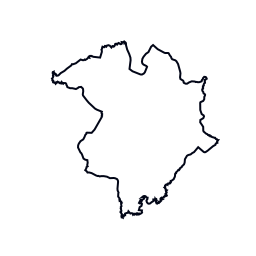 outline of Mueang Sakon Nakhon, Sakon Nakhon, Thailand, rotated 199°
{"feature_id": "78962969B18932454885431", "entity_name": "Mueang Sakon Nakhon", "entity_type": "district", "adm_level": 2, "iso_a3": "THA", "parent_name": "Thailand", "parent_adm1": "Sakon Nakhon", "projection": "mercator", "projection_center": [104.081, 17.195], "detail": "fine", "context": "isolated", "style": "outline", "palette": "ink", "viewbox_px": 256, "rotation_deg": 199, "n_neighbors": 0, "source": "geoboundaries", "source_scale": "gbopen_adm2", "svg_char_len": 5718}
<svg xmlns="http://www.w3.org/2000/svg" viewBox="0 0 256 256"><g transform="rotate(199 128 128)"><path d="M216.6,157.0L217.3,156.4L217.3,156.0L216.9,155.0L215.8,154.4L216.1,153.5L216.0,152.9L215.4,152.5L215.5,150.8L216.0,150.0L215.1,149.1L215.0,148.3L214.5,148.2L214.2,148.4L213.9,148.2L214.0,147.6L213.7,146.8L213.0,146.8L212.7,147.1L212.2,146.8L211.4,146.9L210.8,146.3L210.3,147.5L210.5,148.0L209.8,148.0L209.6,148.9L208.3,148.7L207.7,148.3L207.5,148.7L206.6,148.9L206.3,148.3L205.7,148.3L205.5,148.6L205.8,149.3L205.7,149.8L204.7,148.9L204.4,149.4L203.9,149.4L203.6,149.1L203.4,149.6L201.6,150.1L200.7,149.5L200.1,148.5L199.6,148.2L198.6,146.9L195.7,146.8L193.6,147.5L189.9,147.9L188.4,149.5L187.9,150.5L185.7,151.6L183.7,150.7L183.2,150.2L182.3,148.2L181.7,145.1L181.1,144.1L176.0,140.7L173.3,139.1L165.5,135.6L163.4,135.2L158.0,134.9L158.0,133.6L156.9,132.8L157.0,131.5L156.4,131.0L156.6,130.1L156.4,129.8L159.1,115.6L160.8,111.6L165.4,110.2L165.7,109.8L165.5,108.9L166.1,107.7L166.2,105.3L166.6,102.7L168.6,100.1L169.4,97.3L169.5,95.4L168.9,93.3L165.0,89.4L164.0,89.0L162.8,87.9L160.1,84.6L158.1,84.1L156.0,84.4L154.8,82.0L154.5,79.7L154.1,78.9L153.7,78.6L154.5,77.6L154.3,76.0L154.7,74.2L152.9,73.6L151.8,72.7L150.4,73.3L147.7,73.5L142.7,72.7L141.1,72.7L140.3,73.1L139.0,73.0L137.6,73.8L135.2,74.6L132.1,75.1L128.7,74.7L125.2,76.1L123.7,76.3L121.7,76.1L120.7,75.3L120.1,74.5L119.7,73.3L118.2,67.2L117.5,65.6L115.9,63.8L115.9,63.0L115.0,60.0L112.8,58.4L112.6,58.1L112.8,57.9L112.8,57.3L112.3,57.3L111.6,56.8L111.7,56.3L111.4,56.4L110.8,55.9L110.4,56.0L110.3,55.4L109.5,55.1L109.9,54.1L108.7,51.9L109.1,51.0L108.5,49.9L108.7,49.6L107.3,47.6L107.2,46.6L107.8,46.4L107.7,45.9L105.9,44.8L105.5,42.4L104.9,41.4L104.3,41.6L103.7,41.5L104.2,42.9L104.1,43.2L103.4,43.3L103.8,44.1L102.3,44.6L102.9,46.1L101.5,47.3L100.2,47.9L100.1,48.4L100.5,48.8L100.5,49.4L97.9,47.9L96.7,48.7L95.7,48.7L95.0,47.7L94.5,48.5L94.0,48.2L93.8,48.9L93.5,49.3L92.0,48.8L91.6,48.9L92.0,49.7L91.7,50.4L90.6,50.3L90.0,50.6L89.8,49.8L89.6,49.7L88.0,51.3L87.3,52.3L87.2,52.8L87.9,53.7L88.0,54.6L91.0,53.9L91.2,57.0L89.9,58.7L90.1,60.8L90.7,61.2L92.5,60.5L93.2,60.7L92.9,62.8L91.3,63.1L91.2,64.1L92.1,64.5L91.1,64.8L89.8,66.4L89.9,67.9L90.7,67.5L91.2,67.9L91.9,67.5L91.3,68.5L90.5,69.0L89.2,69.2L87.8,68.3L86.8,68.5L86.5,67.1L86.9,65.7L86.9,65.2L85.9,63.9L84.7,63.2L83.6,63.2L82.5,63.9L81.6,65.5L80.4,66.9L80.3,67.5L80.8,68.7L80.5,68.8L79.5,68.3L79.2,69.0L79.3,69.8L78.8,69.3L78.5,70.1L78.2,70.1L77.3,68.6L77.6,67.3L76.5,66.0L76.1,66.0L76.2,66.5L74.6,67.0L74.9,68.0L74.2,67.8L73.9,68.1L73.2,69.5L73.7,69.7L73.7,70.4L72.5,71.5L74.2,71.5L74.3,71.8L74.1,72.4L73.6,73.0L73.0,72.5L72.4,72.8L72.0,74.1L71.7,74.1L71.8,74.7L71.6,74.3L71.4,74.6L71.5,75.0L71.1,75.8L70.6,75.6L69.9,76.6L69.4,76.5L69.3,76.8L70.1,77.4L70.3,77.9L71.0,78.0L70.6,78.7L70.5,79.7L71.2,79.9L71.5,80.5L71.0,81.8L72.3,81.8L72.7,82.9L73.5,83.2L73.7,83.6L74.1,83.4L73.9,83.6L74.2,83.7L73.8,84.3L74.0,84.9L73.8,84.9L73.9,86.3L73.6,86.3L73.4,87.0L72.9,87.3L72.3,87.2L72.5,87.7L72.1,87.9L72.0,88.4L71.7,88.3L71.1,89.0L70.5,89.0L70.1,89.5L70.6,90.2L69.8,90.9L70.3,91.9L69.8,92.1L68.1,94.5L68.2,95.2L67.9,96.2L67.9,97.8L68.5,99.9L67.9,100.8L68.2,101.1L68.1,101.7L67.1,103.5L66.8,104.8L66.3,105.2L66.0,105.1L65.9,105.8L65.7,105.9L65.8,106.8L64.5,108.5L64.6,109.1L63.2,111.9L63.2,113.8L64.0,117.0L63.2,120.9L62.2,122.1L60.2,123.4L59.1,125.2L57.7,126.7L55.4,132.7L48.6,130.0L47.7,130.0L46.9,130.4L45.5,132.2L41.6,138.6L39.9,140.5L40.0,141.8L38.7,143.1L39.3,143.6L39.4,144.7L39.0,145.0L38.8,145.9L39.6,145.6L40.2,146.3L41.3,146.2L42.4,147.1L43.1,146.8L43.8,147.0L45.2,146.8L46.1,146.9L46.6,147.3L47.4,146.9L48.1,147.6L48.6,147.2L49.0,147.7L50.1,147.4L50.9,148.0L52.1,148.0L55.4,149.3L56.0,150.1L57.3,153.6L61.6,156.9L62.2,159.2L60.0,161.8L59.9,163.7L60.5,164.5L62.9,165.2L65.5,168.5L67.9,175.2L67.9,176.0L65.7,178.1L65.3,180.0L66.0,182.3L65.8,183.7L65.9,184.5L66.4,185.0L67.8,185.3L68.6,186.6L69.6,187.2L70.3,188.2L70.3,189.8L69.9,189.8L69.9,190.2L70.4,190.7L70.7,191.6L70.4,191.8L70.6,192.4L70.2,192.9L70.6,193.6L70.5,195.1L69.9,195.8L70.4,196.9L70.9,197.4L71.0,198.5L70.5,198.7L70.3,199.4L69.6,200.2L70.5,201.2L71.2,201.5L72.6,201.2L73.3,199.5L73.2,198.5L73.7,197.5L73.6,196.1L75.4,194.6L77.0,194.0L77.9,194.0L79.0,193.5L79.9,193.7L82.9,192.9L85.1,191.0L86.5,189.2L87.7,188.7L89.6,188.8L90.2,189.1L90.6,190.1L91.3,190.7L94.4,191.4L95.3,192.9L96.2,196.8L97.1,198.4L101.5,204.8L104.0,206.9L105.3,207.4L108.6,207.4L109.5,208.0L110.5,209.3L112.0,210.2L113.9,211.9L114.5,212.0L117.2,211.0L118.3,211.0L125.6,212.2L131.3,214.6L132.6,212.4L133.4,206.4L135.2,204.0L136.5,200.4L136.9,198.1L136.4,195.2L135.4,193.7L134.0,193.0L130.8,192.6L129.9,192.1L130.2,186.2L130.8,184.6L132.2,183.1L133.6,182.7L142.2,183.1L145.8,184.3L147.6,192.9L148.6,195.3L150.9,198.3L154.3,201.9L156.8,205.6L157.6,207.6L157.9,207.8L158.2,206.9L158.9,206.7L159.0,208.2L159.8,208.6L160.8,207.4L162.0,207.2L161.3,205.8L161.8,205.1L162.4,204.8L164.5,205.4L164.9,205.0L165.4,203.3L165.8,203.3L166.1,203.8L166.5,203.9L167.4,203.4L167.4,201.6L167.7,200.6L168.2,200.2L168.9,200.6L169.4,200.4L169.9,198.7L172.0,199.9L173.5,199.9L174.9,198.9L175.0,197.9L176.1,198.2L176.5,198.1L176.5,196.9L176.8,196.6L178.6,196.6L178.6,195.2L178.3,194.6L178.6,193.4L177.8,192.4L177.5,191.3L177.3,185.5L184.1,184.0L185.8,184.3L186.1,183.9L187.3,183.9L188.3,182.8L187.5,181.8L188.5,181.7L189.3,179.9L190.5,178.5L191.2,178.7L191.8,177.8L192.7,177.4L195.1,177.3L198.4,172.2L200.7,170.4L201.8,170.1L202.0,168.7L205.1,164.2L206.7,161.3L209.5,158.0L210.8,155.3L211.4,154.7L212.5,154.2L212.6,154.5L213.4,154.6L213.4,155.2L214.0,155.6L215.2,155.5L215.4,155.0L215.9,155.6L215.8,156.2L216.5,156.4L216.6,157.0Z" fill="none" stroke="#020617" stroke-width="2"/></g></svg>